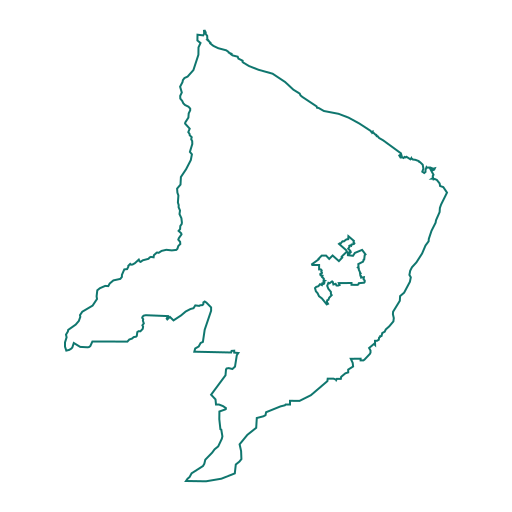 outline of Serdang Bedagai, Sumatera Utara, Indonesia
{"feature_id": "22746128B52277249956552", "entity_name": "Serdang Bedagai", "entity_type": "district", "adm_level": 2, "iso_a3": "IDN", "parent_name": "Indonesia", "parent_adm1": "Sumatera Utara", "projection": "orthographic", "projection_center": [99.078, 3.349], "detail": "fine", "context": "isolated", "style": "outline", "palette": "teal", "viewbox_px": 512, "rotation_deg": 0, "n_neighbors": 0, "source": "geoboundaries", "source_scale": "gbopen_adm2", "svg_char_len": 6055}
<svg xmlns="http://www.w3.org/2000/svg" viewBox="0 0 512 512"><path d="M389.2,326.4L393.4,321.4L393.8,318.1L392.9,314.2L393.1,311.7L399.8,300.8L400.1,296.1L404.1,292.7L409.9,281.8L410.8,277.3L409.4,274.9L410.2,270.7L412.0,267.2L416.4,262.4L422.1,253.5L425.5,245.5L428.6,241.3L428.8,238.9L431.5,230.8L435.6,222.7L436.0,220.3L439.6,212.1L439.9,207.9L441.1,204.5L447.0,192.6L443.3,187.1L440.1,186.0L439.6,183.4L436.8,179.9L434.7,179.0L433.5,179.4L433.3,178.7L431.8,178.7L433.1,177.8L432.7,176.1L433.5,174.8L430.3,168.9L432.3,170.1L433.2,170.1L434.2,169.6L434.8,168.3L433.2,168.7L430.2,167.5L426.9,167.7L426.5,167.2L425.5,169.9L425.5,171.9L424.2,173.0L422.3,171.7L423.4,168.6L422.7,164.7L420.0,162.1L419.3,162.0L418.8,161.1L415.3,159.8L412.8,159.5L412.1,158.8L411.3,158.9L411.2,158.3L410.4,159.3L406.5,156.8L405.7,157.4L404.6,156.9L403.6,158.0L402.3,157.4L400.5,157.5L399.3,155.5L400.5,154.7L400.9,155.4L401.5,155.4L400.9,153.3L383.1,140.3L379.1,138.0L377.6,136.2L376.7,136.2L376.3,134.9L375.7,134.9L373.2,132.5L372.6,132.8L372.6,131.6L371.5,132.2L370.5,130.8L359.3,123.5L348.5,117.6L338.5,113.8L323.9,111.0L318.5,107.9L317.1,107.8L316.6,106.4L302.3,96.9L300.5,95.4L299.7,93.6L293.4,89.7L285.1,82.0L272.6,73.7L258.6,69.8L249.1,66.1L243.3,62.6L242.5,61.8L242.6,60.7L238.4,58.6L237.7,56.7L232.6,55.4L230.9,54.2L231.3,53.7L228.7,52.6L228.5,51.9L226.2,50.3L218.2,48.2L213.4,45.9L210.2,43.4L210.5,42.8L207.5,40.0L208.0,39.9L207.3,39.0L207.2,35.9L205.5,33.6L205.7,32.4L204.8,30.7L204.0,30.8L204.2,33.6L203.2,35.4L197.5,34.7L197.4,40.5L200.5,43.0L198.5,47.4L198.4,54.8L193.4,70.1L187.6,76.6L184.5,78.0L182.9,80.1L182.5,82.1L180.1,86.7L181.8,92.5L180.2,95.9L180.3,98.6L182.2,100.9L183.3,103.3L185.0,105.0L188.5,106.7L190.2,108.6L190.2,110.3L188.7,113.4L188.4,117.6L185.3,122.4L185.1,123.6L189.7,128.7L188.3,132.1L189.6,134.0L189.7,135.2L191.7,137.2L191.2,139.2L192.2,141.1L192.3,144.0L189.9,151.9L191.9,154.3L190.8,160.1L186.1,169.2L180.9,177.0L180.5,184.6L177.1,188.6L177.4,192.7L178.4,195.5L177.9,202.5L178.7,205.1L178.6,207.2L180.0,210.5L179.5,214.1L181.4,218.2L181.9,222.5L181.7,224.0L180.3,226.0L180.1,229.1L178.6,230.9L181.2,233.3L181.5,234.4L178.8,238.2L178.3,239.7L180.1,241.8L180.3,244.0L178.3,246.0L177.4,248.8L176.3,249.9L171.8,250.4L166.3,249.8L161.6,250.9L158.7,252.8L157.0,252.5L156.3,253.0L153.9,255.2L153.6,257.3L150.9,256.9L149.6,257.5L148.5,258.8L142.8,260.3L140.6,261.9L139.6,261.4L138.8,259.6L134.9,263.2L132.6,264.5L131.0,264.7L130.2,263.9L128.3,265.8L128.4,266.6L127.1,269.1L124.3,269.4L121.9,274.9L121.9,276.9L120.3,278.9L113.4,280.4L109.7,283.5L108.3,286.1L105.2,285.9L99.9,288.2L97.3,290.3L96.6,296.3L97.0,299.0L92.6,305.6L82.3,311.7L80.0,315.1L80.3,316.9L78.8,321.0L75.7,324.6L68.2,329.9L67.9,331.5L66.0,334.6L66.6,337.3L65.0,342.4L65.0,346.7L66.3,350.6L69.2,349.9L71.3,348.6L72.3,347.5L73.8,343.0L80.2,346.9L87.8,347.3L89.1,347.0L90.3,346.1L92.4,341.5L127.4,341.6L129.3,339.5L132.0,338.6L133.7,337.1L136.0,336.7L136.8,335.9L137.3,332.1L138.6,331.2L140.4,331.3L142.7,328.9L143.1,326.7L142.4,325.3L143.8,323.4L142.9,320.7L143.2,319.2L142.2,317.8L142.7,316.5L143.8,315.6L145.8,315.2L168.0,316.1L168.0,316.9L167.6,316.9L166.7,318.6L167.3,319.4L169.9,316.9L173.5,320.4L181.1,315.4L185.7,311.5L190.5,309.0L193.5,308.2L195.3,305.4L199.2,305.9L200.2,305.3L202.5,305.1L203.4,304.0L203.4,302.4L204.7,301.5L206.4,302.6L211.1,307.4L211.1,310.8L204.7,329.7L202.9,341.9L200.6,343.0L198.7,346.5L195.2,348.5L194.3,351.7L231.1,352.5L231.6,350.9L234.2,350.7L234.2,352.6L238.3,353.0L236.8,355.2L235.0,366.6L232.4,369.0L228.7,368.1L226.6,368.5L226.0,369.5L225.5,375.3L211.1,394.7L215.5,399.4L216.0,404.5L218.9,404.5L223.0,406.1L225.9,408.1L225.8,409.1L225.1,409.5L219.4,411.5L219.3,419.2L220.4,429.2L221.3,429.7L222.4,436.4L221.8,438.8L218.2,446.4L214.6,449.3L212.2,452.6L205.3,459.7L204.3,463.8L203.0,466.0L191.6,473.3L189.6,477.0L187.5,478.8L186.0,481.0L206.0,481.3L221.4,478.7L234.8,473.4L235.8,464.5L239.4,461.6L241.4,459.1L241.1,451.1L239.6,444.3L247.4,434.8L256.2,427.8L256.8,418.0L263.4,416.3L265.5,415.2L266.1,412.2L267.4,411.7L280.5,406.4L284.9,405.3L285.6,404.5L290.0,404.5L290.0,400.8L299.5,400.9L310.9,395.2L327.4,381.1L327.7,378.7L333.6,378.7L336.0,379.6L336.2,380.0L336.8,378.9L340.8,378.9L341.2,376.8L345.4,373.3L348.2,372.4L348.2,369.6L353.1,366.5L352.7,362.9L350.8,358.8L360.6,358.7L360.6,360.4L363.4,360.4L364.5,359.6L369.9,353.9L370.5,352.6L370.5,350.5L369.1,348.0L374.0,343.9L375.1,345.0L375.0,340.8L377.0,340.8L378.8,339.7L379.1,337.6L380.2,336.8L380.2,336.2L381.5,336.0L382.3,333.0L384.7,331.7L385.8,329.4L389.2,326.4ZM348.4,236.2L353.9,240.9L353.5,242.2L354.4,243.3L353.9,244.0L351.6,244.5L351.2,245.8L350.2,245.4L349.3,245.8L349.4,247.0L348.2,248.7L350.3,250.8L350.7,251.9L349.9,252.0L350.0,252.8L349.2,252.9L349.2,252.2L348.6,252.7L348.9,253.5L347.9,253.3L347.9,255.2L353.0,255.8L354.9,252.9L362.1,249.9L365.5,254.4L364.7,255.1L364.2,259.5L363.6,259.7L363.1,261.6L358.3,264.1L358.5,266.6L357.8,267.5L358.8,268.2L358.8,269.7L360.4,273.0L360.0,273.0L360.4,275.8L361.0,276.1L361.1,277.6L363.9,277.2L363.6,279.3L364.7,280.5L364.7,281.9L364.1,282.7L358.8,283.2L358.3,284.5L357.4,284.9L351.5,284.8L351.5,283.0L338.8,283.1L339.6,285.0L338.0,285.6L336.5,285.5L335.6,283.8L333.4,284.5L332.8,282.0L332.1,281.4L329.5,283.3L328.4,282.8L327.2,285.8L328.3,288.7L330.9,291.9L330.9,294.0L331.7,295.1L329.2,297.7L328.4,299.8L327.2,300.3L326.9,302.0L328.0,303.8L326.7,304.4L321.9,298.4L319.0,296.2L317.6,293.2L315.9,291.3L315.0,288.1L316.2,286.9L318.4,286.2L320.0,284.2L321.9,285.1L322.2,283.3L322.9,283.1L323.6,283.9L324.1,283.6L324.4,282.5L323.6,281.3L324.8,280.7L323.7,280.2L323.8,278.6L322.1,277.1L322.5,275.8L321.2,275.7L320.3,274.8L320.4,273.8L321.7,273.5L322.0,272.8L321.3,271.5L321.7,270.4L320.8,269.4L319.1,269.4L319.1,265.0L312.3,265.0L312.0,264.2L318.6,259.4L318.4,259.0L321.7,255.6L326.1,255.6L329.2,258.9L332.6,255.5L338.9,261.1L342.2,257.6L341.6,256.9L342.4,255.9L346.9,251.6L346.1,250.1L339.0,243.9L339.5,243.5L340.1,244.1L342.5,241.3L343.8,241.4L346.4,239.4L348.2,239.2L348.4,236.2Z" fill="none" stroke="#0f766e" stroke-width="2"/></svg>